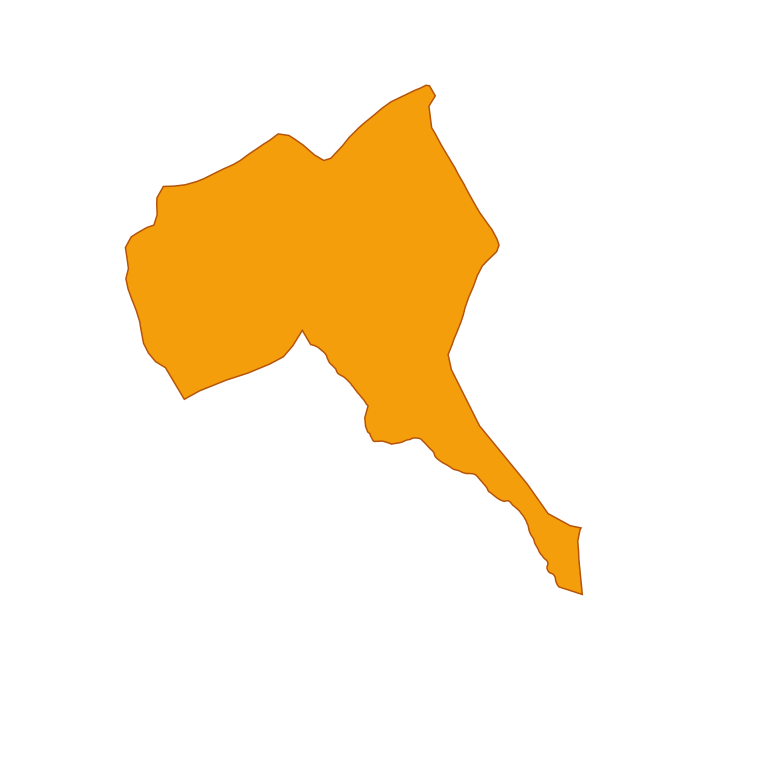 the district of Dhibain, Amran, Yemen, rotated 60°
{"feature_id": "15242507B1655282160159", "entity_name": "Dhibain", "entity_type": "district", "adm_level": 2, "iso_a3": "YEM", "parent_name": "Yemen", "parent_adm1": "Amran", "projection": "orthographic", "projection_center": [44.211, 16.011], "detail": "fine", "context": "isolated", "style": "filled", "palette": "amber", "viewbox_px": 768, "rotation_deg": 60, "n_neighbors": 0, "source": "geoboundaries", "source_scale": "gbopen_adm2", "svg_char_len": 4058}
<svg xmlns="http://www.w3.org/2000/svg" viewBox="0 0 768 768"><g transform="rotate(60 384 384)"><path d="M607.2,285.3L599.8,293.6L578.3,306.7L542.1,310.0L468.1,322.2L405.4,318.5L390.6,313.8L384.1,305.5L379.9,300.7L376.1,295.6L368.9,286.5L364.1,281.1L358.3,275.5L351.2,267.2L344.6,258.3L336.7,248.9L330.9,239.8L328.8,232.6L325.7,220.3L321.3,215.0L315.1,213.7L303.9,213.3L301.2,213.7L296.2,214.2L283.7,215.4L276.2,215.5L269.0,215.4L257.8,215.2L250.2,214.8L239.5,214.9L232.2,214.5L226.0,214.6L215.8,214.8L205.1,214.9L193.0,214.5L185.9,214.6L165.9,206.2L160.1,195.5L148.5,195.5L146.3,198.2L145.9,204.7L145.0,211.1L143.1,237.1L144.3,248.4L146.4,260.0L148.1,270.8L149.5,277.6L153.1,291.1L157.2,301.4L157.3,302.0L161.9,317.2L160.4,324.3L150.9,329.7L143.9,332.1L136.6,334.6L126.7,339.2L121.2,342.1L114.5,350.6L115.8,361.3L116.0,367.4L116.8,378.0L117.3,385.5L118.6,397.1L118.6,404.3L117.4,416.5L117.0,422.5L116.1,437.4L114.9,445.6L112.0,456.8L107.5,467.2L102.6,476.3L109.3,487.6L114.3,490.7L124.1,495.9L131.3,503.8L129.9,511.2L129.8,521.6L130.2,529.4L130.5,529.9L136.5,539.7L146.7,543.7L156.2,547.6L163.8,554.9L173.7,558.1L184.8,560.1L189.3,560.7L196.9,561.9L207.6,564.3L212.5,566.2L217.5,568.0L228.5,571.9L239.3,572.5L250.3,570.7L260.6,565.1L297.4,564.6L297.7,547.3L301.7,519.0L306.1,498.2L306.6,495.7L309.6,472.7L310.1,457.6L306.3,446.7L305.4,444.1L297.7,429.8L296.7,427.9L299.7,427.9L313.1,427.8L313.9,427.0L315.1,425.8L316.4,424.7L317.8,423.7L319.2,422.8L321.1,422.1L322.8,421.5L324.5,420.9L326.0,420.3L327.6,419.9L329.4,419.6L331.3,419.7L333.0,420.2L334.7,420.3L336.5,420.5L338.5,420.5L340.2,420.1L341.8,419.6L343.6,419.1L345.3,418.7L346.9,418.2L348.6,418.6L350.3,418.7L352.0,418.6L353.8,417.7L355.4,416.8L356.7,415.8L358.3,415.1L359.8,414.5L361.7,413.9L363.6,413.4L365.2,413.0L367.0,412.6L369.2,412.5L370.8,412.1L372.5,411.9L374.2,411.7L376.3,411.4L378.0,411.3L379.9,410.8L381.6,410.5L383.4,410.2L385.0,410.0L386.7,409.6L386.8,409.6L388.4,409.4L390.2,409.3L392.3,409.3L394.0,409.0L395.0,408.7L403.6,417.5L411.4,421.1L417.3,422.1L420.0,421.1L420.4,421.2L422.1,421.6L423.8,421.6L425.5,421.7L427.2,421.8L428.8,421.3L429.6,419.8L430.5,418.0L431.4,416.3L432.1,414.8L433.1,413.5L434.2,412.4L435.5,411.1L436.9,410.0L438.2,408.7L439.7,407.8L440.4,405.9L441.0,404.2L441.6,402.7L442.2,401.1L442.8,399.6L443.2,397.8L443.5,396.1L443.6,394.4L443.9,392.4L444.4,390.7L445.1,389.2L445.1,387.5L445.3,386.0L446.2,384.2L447.2,382.6L448.4,381.0L449.8,379.7L451.5,379.2L453.5,378.7L455.1,378.2L456.9,377.8L459.0,377.3L460.6,377.0L462.4,376.6L464.6,375.9L466.4,375.4L468.1,375.2L469.8,375.4L471.4,375.9L473.3,375.8L474.9,375.4L476.5,374.8L478.4,374.0L480.3,373.1L481.9,372.3L483.2,371.4L485.1,370.3L486.5,369.4L488.2,368.6L489.8,367.8L491.5,367.0L493.0,366.1L494.3,364.7L495.7,363.3L497.0,362.1L498.4,361.2L500.0,360.1L501.2,359.0L502.6,357.6L503.5,356.0L504.5,354.3L505.6,352.8L506.7,351.4L508.3,350.2L509.9,349.6L512.2,349.1L514.1,348.8L516.0,348.5L517.6,348.1L519.9,347.7L522.1,347.3L523.9,347.0L524.1,347.0L526.0,346.8L527.8,347.1L528.7,347.1L529.7,347.0L531.2,346.2L533.2,345.4L535.6,344.5L537.2,343.9L538.6,343.3L539.6,342.9L541.3,342.0L543.2,340.8L544.5,339.7L545.7,338.6L546.3,336.8L546.9,335.3L548.0,334.2L549.8,333.6L551.6,333.4L553.2,333.1L555.0,332.4L556.6,331.8L558.1,331.3L560.2,330.6L562.1,330.1L563.9,330.0L565.6,329.7L567.5,329.4L569.8,329.3L571.5,329.3L573.2,329.3L574.8,329.5L576.5,329.8L578.3,329.9L580.0,330.4L581.6,331.0L583.6,331.6L585.3,331.9L587.1,332.1L588.8,332.1L590.6,332.0L592.0,331.9L592.4,331.9L594.0,332.1L595.6,332.6L597.2,333.0L599.0,333.1L600.9,333.1L602.6,333.1L604.4,333.1L606.1,333.4L607.9,333.4L609.7,333.4L611.4,332.9L613.4,332.7L615.1,332.5L616.6,331.9L618.3,331.3L620.0,331.3L621.6,331.8L622.7,333.0L623.8,334.2L625.4,335.1L627.1,335.3L628.8,335.3L630.4,334.8L631.9,333.6L633.6,332.5L635.3,332.4L636.1,332.4L637.0,332.3L638.5,333.0L640.1,333.6L641.9,334.0L643.6,334.2L645.6,334.2L647.4,333.8L665.4,317.5L632.8,302.7L627.1,299.6L617.0,294.8L611.4,289.9L608.3,287.1L607.2,285.3Z" fill="#f59e0b" stroke="#b45309" stroke-width="1.5"/></g></svg>